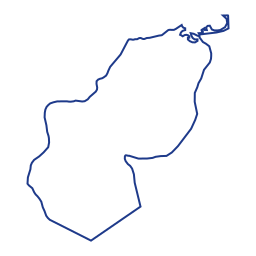 SVG path tracing the border of Ash Sharqiyah
{"feature_id": "EGY-1535", "entity_name": "Ash Sharqiyah", "entity_type": "Governorate", "adm_level": 1, "iso_a3": "EGY", "parent_name": "Egypt", "parent_adm1": "", "projection": "albers", "projection_center": [31.859, 30.68], "detail": "fine", "context": "isolated", "style": "outline", "palette": "blue", "viewbox_px": 256, "rotation_deg": 0, "n_neighbors": 0, "source": "natural_earth", "source_scale": "10m", "svg_char_len": 2314}
<svg xmlns="http://www.w3.org/2000/svg" viewBox="0 0 256 256"><path d="M181.7,25.0L182.2,26.4L183.4,27.7L185.2,28.3L185.2,30.1L183.2,30.6L181.8,31.5L180.8,32.8L180.1,34.8L181.1,35.2L182.7,36.3L184.6,35.1L186.3,34.8L187.9,35.2L189.3,36.3L189.3,37.7L187.9,37.7L187.9,39.5L189.9,41.2L192.4,42.3L195.0,42.4L197.5,40.9L197.5,39.4L194.6,39.4L192.6,37.9L191.4,35.6L190.7,33.2L193.7,33.8L197.7,35.8L199.5,36.2L199.6,37.5L202.9,42.0L205.9,43.7L209.3,46.3L211.2,53.3L211.2,56.0L211.0,58.8L209.8,62.5L204.0,69.8L201.2,78.5L198.5,83.2L197.3,87.2L194.8,92.9L194.7,101.8L197.2,113.9L195.2,119.9L191.1,128.8L177.9,146.2L171.8,152.5L166.5,155.9L160.7,156.1L155.6,156.8L152.6,157.9L147.3,158.5L138.7,158.6L138.1,158.5L129.0,155.7L128.3,155.8L127.9,155.7L126.7,155.4L125.8,155.3L125.3,155.6L124.9,156.4L124.8,158.8L125.7,161.2L127.9,164.1L130.2,165.9L132.1,168.6L133.9,174.3L134.7,182.7L140.5,206.6L91.0,240.6L49.8,219.8L47.8,217.9L46.2,215.7L44.5,211.0L42.8,207.3L41.3,201.7L39.4,198.7L37.5,196.3L35.6,194.4L34.2,192.3L32.3,188.2L28.9,185.4L27.5,183.7L27.9,177.4L30.4,169.3L30.8,165.4L31.9,162.8L34.1,159.9L39.2,156.4L43.6,152.4L48.2,147.2L49.1,142.5L48.9,138.1L48.5,135.9L47.2,131.8L46.4,125.3L44.6,117.4L44.8,112.7L45.4,109.5L46.6,106.9L48.3,105.0L50.2,103.4L53.4,102.3L57.2,101.4L66.8,101.3L68.7,101.6L70.6,101.7L73.7,101.3L75.6,100.6L82.2,101.5L84.7,101.2L87.8,99.3L89.8,96.8L95.8,91.6L97.0,89.5L97.2,87.5L96.5,83.8L96.6,81.2L98.1,79.6L99.9,78.8L102.0,78.3L103.5,77.5L106.1,75.6L107.4,73.3L108.4,70.6L110.2,66.8L120.6,54.5L127.8,40.8L128.8,39.5L129.2,39.4L130.2,39.3L131.2,39.4L132.5,39.7L133.5,39.7L133.9,39.6L134.7,39.3L135.6,39.2L137.1,39.2L137.5,39.0L139.2,38.1L140.1,38.0L140.6,38.0L141.0,38.1L142.5,38.8L143.3,39.0L143.8,39.0L144.2,39.0L145.1,38.7L146.5,38.1L146.9,38.0L149.7,37.8L158.9,35.6L161.2,35.3L161.7,35.2L162.1,35.0L168.1,30.2L168.9,29.9L169.8,29.8L173.3,29.9L173.8,29.9L175.7,29.0L181.7,25.0ZM199.4,34.5L198.7,33.2L201.8,33.0L202.8,33.1L202.8,31.4L201.9,31.2L201.8,30.7L201.5,30.1L201.8,29.8L204.2,28.3L204.3,29.7L204.8,30.0L205.7,29.9L206.8,30.0L206.1,27.5L207.6,25.9L209.8,25.7L211.9,29.5L214.4,30.4L217.5,30.4L220.3,30.0L225.0,27.2L227.2,23.1L226.6,18.9L223.0,15.5L227.7,15.4L227.9,15.4L228.1,15.7L228.5,28.4L223.5,30.9L216.4,32.5L199.4,34.5L199.4,34.5Z" fill="none" stroke="#1e3a8a" stroke-width="2"/></svg>